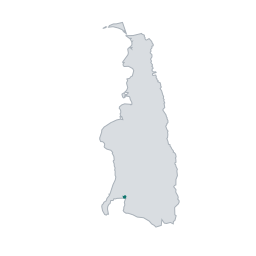 location of San Cosme, Corrientes, Argentina, rotated 165°
{"feature_id": "61730980B19808130857277", "entity_name": "San Cosme", "entity_type": "district", "adm_level": 2, "iso_a3": "ARG", "parent_name": "Argentina", "parent_adm1": "Corrientes", "projection": "equal_earth", "projection_center": [-58.507, -27.393], "detail": "fine", "context": "in_parent", "style": "filled", "palette": "teal", "viewbox_px": 256, "rotation_deg": 165, "n_neighbors": 0, "source": "geoboundaries", "source_scale": "gbopen_adm2", "svg_char_len": 4095}
<svg xmlns="http://www.w3.org/2000/svg" viewBox="0 0 256 256"><g transform="rotate(165 128 128)"><path d="M153.7,81.2L152.4,83.9L152.7,85.7L151.5,89.9L151.8,90.7L150.8,92.8L151.1,94.9L150.6,97.0L150.9,99.6L150.5,100.4L149.6,100.6L149.0,104.3L149.8,107.7L149.1,108.4L150.3,110.9L153.9,113.1L155.8,115.4L155.8,116.3L154.9,117.7L154.7,118.9L155.3,120.4L156.2,121.4L157.9,122.0L158.2,124.2L157.9,125.7L154.6,130.7L153.8,132.9L150.8,135.1L142.9,137.7L136.7,138.7L133.2,138.5L130.8,137.4L131.0,140.2L132.2,141.1L131.6,141.1L132.1,141.6L131.9,143.9L131.2,144.3L130.6,146.2L130.7,147.9L131.4,149.2L130.8,150.6L128.1,151.9L125.0,152.2L119.1,150.1L119.3,149.7L119.0,149.6L118.0,150.0L117.7,151.9L118.4,154.8L118.3,157.2L118.7,158.1L120.8,159.0L120.7,160.0L121.4,160.1L122.9,159.9L123.1,159.1L122.3,158.8L124.3,158.1L125.1,159.2L125.2,161.7L124.9,162.4L123.3,162.8L122.9,162.7L121.9,161.0L121.1,160.6L118.9,161.5L118.6,162.1L122.0,163.4L119.6,164.7L117.8,167.1L117.8,171.3L117.4,172.5L116.2,173.6L116.0,174.4L116.4,174.9L116.3,175.7L113.7,175.5L112.0,176.8L110.3,177.2L107.6,181.9L108.1,184.2L111.6,187.5L115.8,188.4L116.4,189.5L116.3,190.8L115.8,191.6L114.3,192.3L115.6,192.3L116.2,193.0L109.1,198.8L108.2,200.5L107.9,204.0L107.4,204.7L105.9,205.4L104.9,204.7L104.0,203.4L104.1,204.4L102.7,204.8L104.4,204.8L105.2,205.7L103.0,206.9L102.4,208.1L102.2,209.7L101.4,210.6L102.1,210.4L102.9,213.5L101.2,213.7L103.4,214.2L106.1,217.6L105.9,217.9L105.8,217.6L99.2,216.0L90.4,215.8L90.4,215.3L88.2,213.4L88.6,212.1L88.1,210.9L88.5,209.9L88.1,208.6L87.3,208.2L84.5,208.9L82.7,205.5L82.6,203.6L82.0,202.4L82.4,200.9L83.8,200.8L84.1,199.2L85.9,197.9L85.8,196.3L86.9,195.5L87.1,194.7L85.9,192.6L86.5,190.4L88.4,188.7L88.0,186.5L89.0,185.5L88.0,182.6L89.0,181.3L88.4,180.7L88.3,179.1L89.4,178.7L90.0,177.0L88.8,175.5L86.7,175.1L86.5,174.3L90.2,174.2L90.6,173.0L90.3,172.3L87.5,172.0L87.4,170.3L87.9,169.2L87.3,168.2L87.5,167.2L86.6,165.7L87.3,165.0L85.3,163.5L85.2,161.0L85.6,160.3L85.2,159.0L86.8,157.7L85.9,155.3L85.8,150.6L85.4,149.3L86.3,147.4L85.7,146.1L86.4,145.1L86.0,142.7L86.8,142.5L87.2,138.3L89.3,137.0L89.7,136.2L87.9,130.8L88.0,128.8L87.6,127.9L87.9,126.7L87.5,124.9L88.0,122.9L89.5,122.0L89.6,121.3L91.1,119.9L90.8,116.4L90.1,114.6L90.8,114.0L91.2,111.3L92.3,108.4L93.2,107.9L92.9,104.7L93.1,101.8L91.8,101.2L92.0,99.1L91.5,98.6L91.1,96.4L90.2,94.4L90.1,93.6L90.6,93.0L89.6,92.2L88.8,90.4L88.9,88.7L89.0,87.6L90.0,86.8L89.8,86.0L90.5,82.5L91.6,82.3L92.1,81.1L91.5,80.4L91.6,78.4L91.0,75.4L91.9,73.9L92.6,69.2L95.0,65.9L96.5,60.6L97.8,60.5L99.1,59.4L97.6,56.0L98.5,53.8L97.4,49.2L97.6,47.5L98.4,46.5L97.5,44.8L97.7,43.3L99.0,41.7L103.5,39.2L105.2,32.1L104.2,30.8L106.6,26.6L108.4,25.9L109.1,23.7L111.5,25.8L115.5,25.8L117.5,26.7L119.0,30.8L121.1,25.3L126.7,25.1L127.8,27.1L130.0,29.3L131.5,32.5L136.2,37.3L142.1,39.6L145.7,42.9L149.9,45.6L152.0,46.2L153.6,48.1L154.0,49.6L153.1,50.7L152.4,52.8L151.2,54.0L150.8,55.4L150.8,57.1L148.6,60.5L148.7,61.7L150.9,61.5L156.3,62.8L158.9,62.8L159.8,63.4L161.2,61.8L163.4,62.4L164.9,59.7L166.4,59.1L168.0,57.2L168.8,54.9L169.2,49.8L170.1,50.2L171.6,49.5L172.9,50.5L174.0,54.7L173.7,58.8L173.0,60.4L171.4,61.3L170.5,62.5L167.9,63.3L166.5,65.5L163.3,67.8L163.5,69.0L162.5,68.9L157.1,77.2L153.7,81.2ZM106.0,231.4L105.2,219.5L107.1,221.9L106.2,221.7L106.1,222.8L107.5,223.1L108.2,224.5L111.5,227.1L116.2,229.7L120.7,230.4L119.5,231.7L115.2,232.3L112.5,231.6L106.0,231.4ZM122.6,231.2L123.9,230.7L126.6,230.7L123.1,231.6L122.6,231.2ZM132.9,139.6L132.8,140.1L132.0,139.2L132.9,139.6Z" fill="#d9dde1" stroke="#a8b0b8" stroke-width="1"/><path d="M150.1,62.4L150.1,62.2L150.0,61.6L149.9,61.5L149.7,61.6L149.4,61.4L149.2,61.4L149.2,61.5L148.9,61.6L148.8,61.8L148.7,61.8L148.4,62.0L148.2,62.1L148.3,62.2L148.3,62.3L148.4,62.5L148.3,62.8L148.5,62.8L148.6,63.0L148.8,63.1L149.0,63.0L149.0,62.9L149.3,62.8L149.3,62.7L149.4,62.4L149.5,62.4L149.8,62.4L150.0,62.3L150.1,62.4ZM149.6,61.4L149.6,61.5L149.6,61.4L149.6,61.4ZM148.7,61.8L148.7,61.7L148.7,61.8L148.7,61.8ZM149.5,61.5L149.5,61.4L149.4,61.4L149.5,61.5L149.5,61.5Z" fill="#14b8a6" stroke="#0f766e" stroke-width="1.5"/></g></svg>